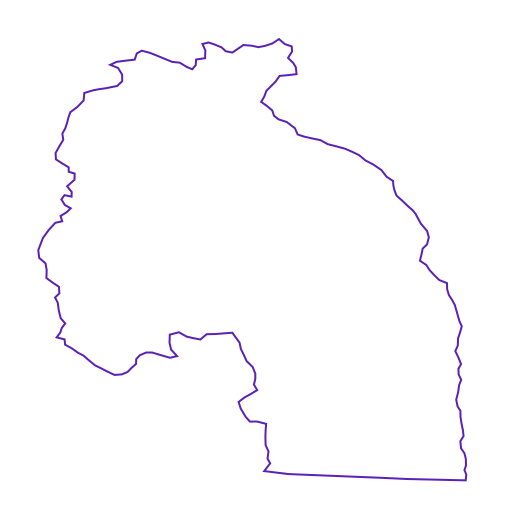 São Gabriel da Palha, Espírito Santo, Brazil (Equal Earth projection), rotated 92°
{"feature_id": "56859067B16425031458349", "entity_name": "São Gabriel da Palha", "entity_type": "district", "adm_level": 2, "iso_a3": "BRA", "parent_name": "Brazil", "parent_adm1": "Espírito Santo", "projection": "equal_earth", "projection_center": [-40.521, -18.954], "detail": "fine", "context": "isolated", "style": "outline", "palette": "violet", "viewbox_px": 512, "rotation_deg": 92, "n_neighbors": 0, "source": "geoboundaries", "source_scale": "gbopen_adm2", "svg_char_len": 2827}
<svg xmlns="http://www.w3.org/2000/svg" viewBox="0 0 512 512"><g transform="rotate(92 256 256)"><path d="M192.9,447.2L198.5,442.4L203.1,442.4L201.9,449.5L206.2,452.5L211.7,448.8L214.8,442.8L219.0,446.9L222.8,452.7L228.1,450.9L229.8,457.7L237.3,464.1L245.3,469.5L251.9,471.8L257.8,473.8L265.5,472.6L270.7,466.1L277.3,464.7L285.3,464.7L290.1,457.7L293.6,451.9L300.2,451.2L304.5,455.4L309.6,452.5L317.8,451.1L325.0,449.0L330.1,444.3L334.7,447.6L339.5,449.0L344.3,452.4L346.0,444.4L351.3,443.7L354.7,436.9L359.0,430.4L361.5,425.0L366.3,419.1L371.0,412.9L373.5,407.2L376.3,401.3L379.8,393.2L379.0,386.0L376.4,380.3L372.0,376.3L368.0,372.1L363.2,372.1L359.2,368.6L356.3,362.4L356.1,356.4L358.1,348.8L360.7,338.4L358.8,331.4L352.5,337.6L345.7,339.4L337.6,339.4L334.9,330.4L339.0,322.5L340.3,315.7L341.4,308.7L335.9,302.6L335.4,293.8L334.4,285.1L333.5,277.0L343.2,269.4L349.4,267.9L355.9,264.4L361.4,261.7L367.0,255.5L373.5,252.6L378.8,252.4L384.6,253.6L390.0,250.1L393.5,255.5L397.9,262.7L402.5,268.3L409.1,265.9L417.1,260.7L421.7,256.3L421.4,249.3L423.4,240.0L429.7,240.3L436.5,240.3L444.6,239.8L450.9,236.7L458.2,237.4L462.7,234.6L470.7,240.3L472.8,216.0L473.3,123.0L473.6,97.3L472.9,38.6L467.1,38.2L462.6,40.2L458.0,38.8L451.5,39.2L445.9,40.8L441.0,44.4L433.9,45.3L428.8,42.3L423.0,43.1L416.5,44.7L409.7,46.0L403.6,46.3L399.3,49.3L392.6,50.9L384.9,49.2L377.9,48.5L372.6,46.6L367.4,49.3L361.7,49.8L356.9,47.3L350.3,50.2L344.1,53.5L338.5,51.2L331.3,51.2L324.9,49.3L319.0,47.9L314.6,50.2L309.8,51.8L303.8,53.7L297.8,55.7L293.2,58.4L288.4,61.8L282.6,63.8L276.4,64.2L273.7,71.9L269.0,77.1L264.1,82.0L259.0,85.5L255.0,92.0L247.4,90.4L242.8,89.7L238.5,85.5L231.3,83.9L225.0,85.9L218.0,92.3L213.1,95.2L208.5,97.9L204.8,101.0L201.4,105.3L195.6,111.8L190.8,117.6L185.6,119.9L181.1,121.1L176.2,121.7L172.2,128.3L165.7,133.7L160.5,141.9L156.7,149.9L151.6,156.5L148.6,163.3L145.7,170.7L143.7,179.2L141.7,188.3L138.0,195.6L136.2,205.9L135.0,212.1L133.1,218.6L126.9,221.6L121.0,230.0L118.6,238.4L115.2,242.9L110.0,244.8L105.6,250.4L101.8,256.2L96.6,253.4L90.6,251.4L81.0,242.5L75.2,238.7L74.0,229.3L72.8,221.8L66.0,222.8L61.8,225.5L56.9,230.9L50.4,227.1L45.3,227.6L43.2,234.6L38.4,240.6L42.9,246.8L45.6,254.0L47.2,260.8L46.0,267.5L45.6,276.0L53.5,286.7L52.4,293.4L48.7,297.7L46.0,304.9L44.3,310.9L46.0,316.9L52.3,313.8L60.1,313.8L61.7,322.7L67.3,322.9L71.6,326.2L69.4,332.0L65.5,338.8L64.9,346.6L62.9,352.1L60.0,359.9L56.7,369.0L54.8,377.3L57.7,382.2L64.0,384.1L65.1,391.6L66.8,402.0L70.0,408.3L72.9,400.4L79.4,396.1L85.9,395.8L90.9,400.6L93.6,412.0L94.8,418.8L96.2,424.9L99.1,433.3L106.6,433.7L113.4,439.9L118.8,446.6L123.9,448.2L129.7,449.5L135.1,451.1L140.5,453.8L146.6,452.7L153.3,456.4L160.1,459.9L166.4,459.3L170.5,452.5L173.9,446.3L178.4,446.1L179.9,440.1L186.2,440.1L192.9,447.2Z" fill="none" stroke="#5b21b6" stroke-width="2"/></g></svg>